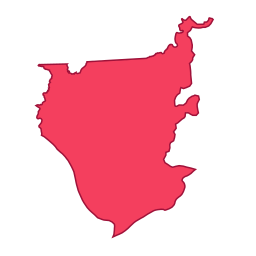 Sepone, Savannakhét, Laos, rotated 267°
{"feature_id": "54806243B75063146976266", "entity_name": "Sepone", "entity_type": "district", "adm_level": 2, "iso_a3": "LAO", "parent_name": "Laos", "parent_adm1": "Savannakhét", "projection": "mercator", "projection_center": [106.495, 16.758], "detail": "fine", "context": "isolated", "style": "filled", "palette": "rose", "viewbox_px": 256, "rotation_deg": 267, "n_neighbors": 0, "source": "geoboundaries", "source_scale": "gbopen_adm2", "svg_char_len": 5785}
<svg xmlns="http://www.w3.org/2000/svg" viewBox="0 0 256 256"><g transform="rotate(267 128 128)"><path d="M125.3,41.2L124.5,42.5L123.7,43.9L119.7,48.3L115.6,52.5L113.1,54.6L110.5,56.2L107.3,59.4L105.7,61.2L102.6,63.8L100.5,65.2L98.7,66.5L94.7,68.5L92.4,69.6L89.5,70.8L87.0,71.7L80.3,72.8L76.7,73.3L74.3,73.7L68.4,75.0L66.3,75.7L58.5,78.7L55.7,80.1L50.7,83.1L48.1,85.2L46.0,87.2L43.2,90.1L40.0,93.0L38.1,97.2L37.4,99.1L36.6,104.4L34.9,107.3L32.6,109.4L30.5,109.5L28.5,109.2L27.0,109.1L22.5,108.4L20.0,107.2L21.6,111.3L22.4,113.6L23.7,116.7L25.7,119.9L27.7,122.6L30.2,125.4L33.3,129.1L34.6,131.1L37.3,136.3L38.3,138.5L41.0,143.1L44.1,149.4L44.6,151.2L44.9,153.2L45.1,156.7L44.9,159.0L44.0,160.5L44.2,161.6L45.2,164.8L46.3,167.1L46.9,168.1L49.0,170.1L50.6,170.8L52.1,171.2L54.0,172.2L55.1,173.3L56.4,175.0L57.4,176.6L58.8,178.2L60.8,179.5L62.1,180.2L65.3,181.5L65.9,181.7L67.2,181.8L69.0,181.5L69.8,181.2L70.6,180.8L72.2,179.5L73.1,179.2L74.7,179.9L75.5,180.7L76.5,182.3L77.2,184.6L78.2,186.6L79.4,188.6L81.6,191.1L83.1,193.2L84.6,188.9L85.9,184.4L87.0,181.2L87.7,177.1L87.2,173.7L86.5,170.6L87.4,168.5L89.8,165.4L91.4,163.1L94.8,161.9L98.9,164.4L101.7,164.6L102.6,167.7L106.0,168.8L109.2,168.8L111.1,169.7L112.9,172.9L116.1,174.0L119.1,174.6L121.8,173.3L125.2,176.1L129.4,175.7L130.5,177.9L132.3,180.2L134.0,182.4L135.3,184.7L136.5,185.6L140.1,186.2L140.0,189.1L138.4,191.4L137.3,193.3L137.1,196.8L139.4,199.1L142.3,198.6L146.0,198.2L148.3,198.3L149.9,199.0L152.8,200.7L156.2,200.1L157.3,196.5L156.7,195.3L156.4,193.7L154.6,190.6L152.9,189.0L149.9,187.3L147.9,184.5L148.3,180.2L147.1,177.8L147.3,176.4L148.1,176.0L150.3,175.9L153.3,175.9L156.5,177.3L158.6,179.0L160.2,181.5L164.3,182.4L165.6,183.0L164.5,185.5L165.3,188.3L166.6,191.8L169.2,193.8L177.8,193.4L179.5,193.5L181.8,193.5L186.9,193.2L189.2,192.8L191.0,194.9L192.8,196.1L194.7,196.3L197.7,198.4L201.6,195.5L205.1,196.3L207.5,196.5L210.1,196.1L212.6,195.7L214.9,194.5L216.7,192.3L220.1,192.4L222.2,195.4L225.6,197.5L225.1,198.7L224.6,200.8L224.2,203.7L224.2,205.8L224.6,208.0L224.5,210.4L225.7,213.9L227.9,216.2L231.9,218.7L232.9,217.7L233.1,216.6L233.3,216.0L233.6,215.4L233.6,215.1L233.4,214.6L232.0,214.3L231.0,213.7L229.7,212.2L229.7,209.8L227.9,209.2L227.7,208.6L227.9,202.6L233.2,196.9L234.4,196.3L235.9,195.8L236.0,195.6L236.0,195.3L235.8,194.8L233.0,191.9L232.6,191.2L232.6,190.3L232.9,189.6L233.2,188.9L234.3,187.8L234.3,187.6L234.0,187.3L233.6,187.3L232.6,187.7L231.3,188.3L230.8,188.4L230.5,188.3L230.0,187.9L229.5,187.1L228.4,184.6L228.2,184.3L227.8,184.1L227.3,184.1L226.9,184.1L225.5,184.8L223.8,184.9L222.8,185.2L222.5,185.5L222.3,186.0L222.4,186.5L222.5,187.4L222.5,187.7L222.2,188.1L221.9,188.2L221.5,188.1L220.9,187.7L220.4,186.6L220.1,184.2L220.1,183.6L220.3,183.1L220.7,182.2L220.7,181.8L220.7,181.6L220.1,181.1L219.6,180.8L216.7,180.0L214.4,179.6L212.1,179.8L211.3,180.0L210.7,180.2L210.2,180.5L209.4,181.3L208.7,181.6L207.9,181.7L207.6,181.6L207.2,181.4L206.7,180.8L206.4,180.2L206.3,179.3L206.4,178.6L206.6,178.1L207.1,177.5L207.9,176.9L208.8,176.6L209.0,176.3L209.1,175.9L209.3,175.2L209.0,174.8L209.1,174.2L208.7,173.7L208.0,172.9L206.3,171.9L206.0,171.7L205.5,171.7L205.1,171.5L204.8,171.1L204.8,170.7L204.7,170.6L204.3,170.2L203.9,170.0L203.7,169.7L203.4,169.2L202.3,168.4L201.6,168.3L201.1,168.2L200.9,168.0L200.9,167.6L200.6,167.3L200.4,166.4L200.6,166.0L201.2,165.3L201.5,165.2L201.4,164.8L201.7,164.2L201.4,163.3L201.3,162.4L201.2,162.2L201.4,161.8L201.4,161.2L200.9,160.8L200.9,159.7L200.6,159.4L200.1,159.3L199.9,158.9L199.6,158.8L199.5,158.3L199.0,157.8L198.9,157.3L198.5,156.8L198.5,156.3L198.6,155.9L198.2,155.3L198.1,154.3L198.3,153.7L197.6,152.8L197.4,151.8L196.6,149.9L196.3,90.5L195.6,90.4L195.3,90.3L194.7,89.7L193.7,89.5L193.0,89.2L192.9,89.0L192.3,88.6L191.8,88.1L189.8,85.3L188.6,84.3L185.6,83.0L185.0,80.5L185.2,79.8L185.5,79.5L185.7,78.8L185.9,78.8L186.2,78.9L185.7,77.7L184.9,77.2L185.2,76.8L184.8,76.0L185.0,75.0L184.9,74.5L185.4,74.1L185.6,73.8L186.1,72.6L185.9,72.0L186.4,71.9L186.9,72.2L187.4,72.4L187.7,72.3L187.9,72.1L187.9,71.8L187.2,71.1L187.2,70.9L187.4,70.7L187.7,70.7L187.9,71.2L188.0,70.9L188.3,70.7L188.8,71.0L189.3,70.6L189.7,70.5L189.9,70.7L190.2,70.7L190.4,70.9L191.4,71.2L191.8,71.2L192.0,70.9L192.6,70.7L192.8,70.6L193.7,70.4L194.8,70.3L195.1,70.6L195.9,43.8L196.0,43.2L196.0,42.6L195.5,42.0L195.2,41.7L194.7,42.0L194.6,42.3L194.5,43.0L194.2,44.2L193.8,45.5L194.0,46.0L193.8,46.7L193.6,47.0L193.0,47.1L192.8,47.2L191.9,47.4L191.5,47.8L191.4,48.4L190.9,48.9L190.8,50.1L190.4,50.7L190.4,51.3L189.8,52.2L189.8,52.6L189.1,52.6L187.9,53.4L187.1,53.6L186.8,53.8L185.5,54.5L185.0,54.8L184.4,55.0L183.1,54.6L182.7,54.3L182.3,54.4L181.4,54.3L180.7,53.0L179.5,52.4L178.9,52.0L178.6,52.2L177.9,52.6L177.7,52.8L176.8,51.8L176.5,51.6L175.6,51.3L175.4,51.0L174.9,51.2L174.3,51.1L173.5,51.3L173.2,51.2L172.9,51.4L172.4,51.6L172.2,51.5L172.0,51.2L171.9,50.8L171.7,50.9L170.6,51.0L170.3,51.0L170.0,50.6L170.0,50.4L169.8,49.9L169.2,50.1L168.8,49.9L168.8,49.6L168.4,49.3L168.1,48.8L167.5,48.7L167.6,48.4L167.3,47.9L167.2,47.5L167.3,47.3L167.4,46.3L167.3,45.6L166.5,44.9L165.4,45.0L165.3,45.3L165.0,45.6L164.2,45.9L163.2,45.9L162.4,46.4L161.4,46.6L161.0,46.6L160.0,47.0L159.6,46.9L159.2,46.5L158.9,45.9L158.8,45.5L158.4,45.2L158.2,44.6L157.7,44.0L156.5,43.6L156.1,43.3L155.8,43.1L155.8,42.3L156.0,41.9L155.8,41.7L155.5,40.9L155.8,39.7L155.8,38.7L155.5,37.8L155.3,37.6L155.2,37.3L154.1,38.6L153.2,40.0L152.5,40.9L151.9,41.1L151.5,41.0L150.0,40.0L149.1,39.3L147.3,39.2L146.7,39.0L145.9,38.6L144.9,37.9L143.5,37.5L142.8,37.6L142.1,38.2L141.9,38.9L142.3,40.0L142.3,40.7L141.8,41.7L141.0,42.3L140.4,42.5L138.1,41.9L137.4,41.4L134.9,39.2L133.8,39.2L133.3,39.6L132.5,40.6L131.7,41.1L128.8,41.3L127.3,41.6L126.1,41.5L125.3,41.2Z" fill="#f43f5e" stroke="#9f1239" stroke-width="1.5"/></g></svg>